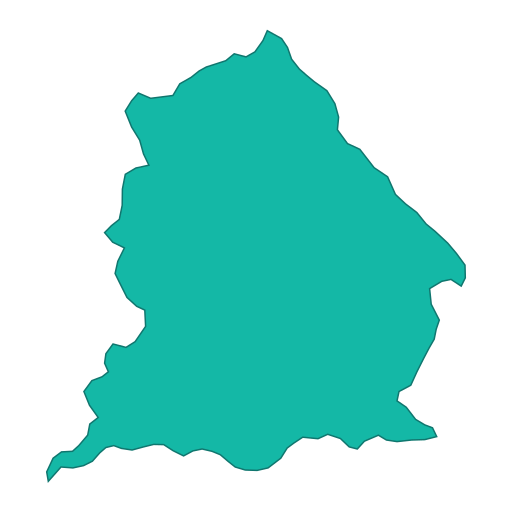 Taguaí, São Paulo, Brazil (Robinson projection)
{"feature_id": "56859067B74189053823533", "entity_name": "Taguaí", "entity_type": "district", "adm_level": 2, "iso_a3": "BRA", "parent_name": "Brazil", "parent_adm1": "São Paulo", "projection": "robinson", "projection_center": [-49.403, -23.468], "detail": "fine", "context": "isolated", "style": "filled", "palette": "teal", "viewbox_px": 512, "rotation_deg": 0, "n_neighbors": 0, "source": "geoboundaries", "source_scale": "gbopen_adm2", "svg_char_len": 1738}
<svg xmlns="http://www.w3.org/2000/svg" viewBox="0 0 512 512"><path d="M436.7,436.6L432.5,427.8L424.8,424.9L415.6,419.4L406.2,407.2L397.0,400.9L399.0,391.5L410.8,385.2L416.9,371.8L423.7,358.3L429.1,348.0L434.2,339.2L436.2,329.2L439.3,320.1L431.2,304.2L429.6,288.6L441.8,281.3L451.0,279.4L461.2,286.1L465.3,277.9L465.0,265.1L456.4,253.4L447.7,243.1L435.0,231.3L426.1,224.0L416.8,212.5L405.4,203.8L395.4,194.4L387.6,176.8L374.1,167.7L366.1,157.4L359.8,149.3L347.5,143.6L337.4,129.8L338.6,117.1L334.9,103.7L326.9,90.7L314.2,81.7L306.6,75.4L299.4,69.1L291.6,59.2L287.5,47.5L281.6,38.6L267.3,30.7L263.0,40.5L254.9,51.9L246.0,56.9L234.2,53.8L225.8,60.7L216.9,63.6L206.3,67.0L199.1,71.0L191.2,77.3L179.8,83.8L172.9,95.5L150.7,98.3L138.3,93.0L131.6,100.8L125.2,111.1L131.6,127.0L139.7,140.2L143.5,153.9L148.9,165.2L135.9,168.0L125.3,174.3L122.4,189.1L122.2,205.3L119.3,219.4L111.4,225.7L104.6,232.6L112.7,242.2L124.4,247.9L117.8,261.3L115.1,273.5L119.4,282.3L127.0,297.5L136.7,306.3L144.8,310.1L145.6,326.4L135.1,341.7L126.0,347.4L113.0,344.0L105.9,353.7L104.6,363.2L108.4,371.8L102.0,376.8L91.9,380.6L83.9,391.5L89.5,405.3L98.2,417.5L89.8,424.0L87.7,435.1L78.8,445.6L72.5,451.3L61.5,451.9L53.1,458.2L46.7,471.9L48.3,481.3L61.0,467.0L72.9,467.9L83.6,465.6L92.4,461.2L99.8,452.8L105.9,447.5L113.8,445.6L121.4,448.4L132.1,450.0L143.5,446.9L153.7,444.4L163.7,444.6L173.1,450.7L183.6,455.9L192.9,450.9L202.1,449.0L212.0,451.3L220.3,454.7L228.4,461.6L235.2,467.0L245.2,470.0L257.1,470.4L268.1,467.9L280.8,458.2L287.2,448.0L293.8,443.1L302.7,437.2L318.0,438.7L327.7,434.3L340.4,438.5L349.2,446.9L357.3,449.0L364.4,441.2L378.4,435.2L386.4,440.0L397.0,441.6L411.6,440.0L424.8,439.6L436.7,436.6Z" fill="#14b8a6" stroke="#0f766e" stroke-width="1.5"/></svg>